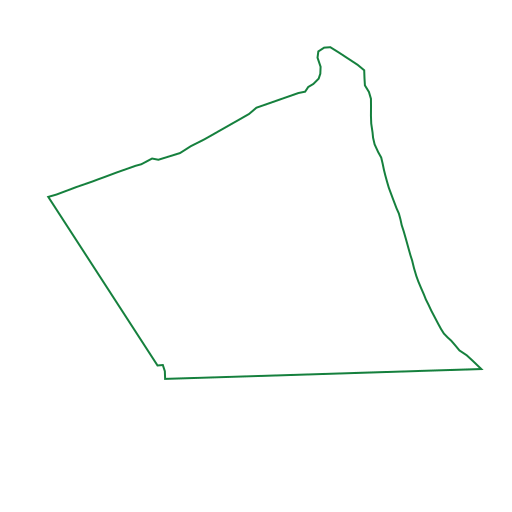 Galinhos, Rio Grande do Norte, Brazil, rotated 72°
{"feature_id": "56859067B90906077559258", "entity_name": "Galinhos", "entity_type": "district", "adm_level": 2, "iso_a3": "BRA", "parent_name": "Brazil", "parent_adm1": "Rio Grande do Norte", "projection": "mercator", "projection_center": [-36.221, -5.183], "detail": "fine", "context": "isolated", "style": "outline", "palette": "green", "viewbox_px": 512, "rotation_deg": 72, "n_neighbors": 0, "source": "geoboundaries", "source_scale": "gbopen_adm2", "svg_char_len": 1141}
<svg xmlns="http://www.w3.org/2000/svg" viewBox="0 0 512 512"><g transform="rotate(72 256 256)"><path d="M433.1,76.7L427.1,79.9L422.8,82.2L415.5,86.3L408.7,91.7L402.4,94.2L396.9,96.5L392.7,98.9L387.8,101.3L382.6,102.6L377.3,103.6L369.7,104.9L362.1,106.2L355.6,107.0L349.7,107.9L344.7,108.2L337.6,108.9L330.4,109.5L324.7,109.7L316.4,109.5L308.5,108.9L303.2,108.9L295.8,108.6L286.7,108.2L278.2,107.9L271.6,107.9L265.8,107.3L259.8,107.0L254.2,107.6L244.0,108.1L236.9,108.4L231.9,108.6L225.4,108.4L219.1,108.1L213.5,107.7L207.2,107.0L201.1,106.5L194.9,107.7L186.5,108.7L179.6,108.1L174.6,107.0L165.7,105.5L158.0,103.3L149.6,100.5L142.0,98.1L134.9,97.9L127.4,99.7L120.5,97.9L112.8,95.7L105.7,100.2L88.0,114.4L80.4,120.8L78.9,126.8L80.7,133.5L86.4,136.2L96.0,136.1L102.5,138.5L106.7,141.6L110.1,148.3L111.4,154.1L114.9,158.5L114.1,165.4L115.1,209.8L118.8,218.8L129.1,269.0L131.4,284.0L134.6,296.4L134.3,319.1L131.2,324.7L133.3,336.8L133.0,342.7L133.5,362.4L134.1,376.1L134.3,382.3L134.6,388.4L134.9,405.3L135.9,426.7L135.6,435.3L329.7,383.5L330.9,378.3L337.4,378.3L344.8,380.4L433.1,76.7Z" fill="none" stroke="#15803d" stroke-width="2"/></g></svg>